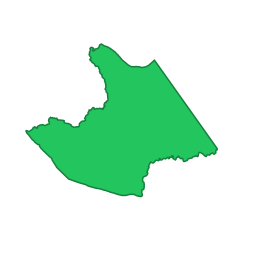 outline of Lalay Gash, Gash Barka, Eritrea, rotated 297°
{"feature_id": "51966322B3150290200372", "entity_name": "Lalay Gash", "entity_type": "district", "adm_level": 2, "iso_a3": "ERI", "parent_name": "Eritrea", "parent_adm1": "Gash Barka", "projection": "albers", "projection_center": [37.404, 14.623], "detail": "fine", "context": "isolated", "style": "filled", "palette": "green", "viewbox_px": 256, "rotation_deg": 297, "n_neighbors": 0, "source": "geoboundaries", "source_scale": "gbopen_adm2", "svg_char_len": 5713}
<svg xmlns="http://www.w3.org/2000/svg" viewBox="0 0 256 256"><g transform="rotate(297 128 128)"><path d="M79.4,38.5L78.7,38.8L77.8,39.8L77.2,41.0L77.0,42.1L76.2,43.8L75.6,44.9L74.1,48.1L73.9,49.6L73.6,50.6L73.0,51.6L72.4,54.8L72.4,55.6L72.9,56.4L72.9,56.7L71.7,57.5L71.3,57.9L70.4,59.6L70.2,60.4L68.9,63.9L68.8,64.9L68.4,65.9L66.8,71.2L66.3,73.8L65.0,75.0L60.4,82.8L55.6,98.3L57.0,109.0L58.4,116.4L58.2,118.7L59.8,126.8L60.3,128.4L60.7,129.5L61.2,131.2L61.8,135.1L62.3,136.5L62.3,137.6L62.7,139.7L62.8,141.4L63.5,144.5L63.9,147.3L64.4,150.0L65.3,153.5L66.3,155.5L67.3,157.1L69.3,159.3L70.6,161.4L71.6,163.7L71.6,166.4L72.1,168.8L72.7,170.4L73.2,171.1L73.5,171.0L74.3,171.3L74.8,171.3L77.0,169.3L79.2,168.7L79.6,168.8L79.7,169.3L80.3,169.4L80.6,169.8L80.8,169.8L83.3,169.0L84.3,168.3L85.2,168.1L85.9,167.4L86.4,167.2L86.6,166.9L86.9,166.4L87.0,165.7L87.5,165.0L88.2,164.8L88.8,164.4L89.8,164.0L90.8,163.9L91.3,164.0L91.9,164.4L93.7,165.9L94.7,166.3L95.9,166.3L96.8,166.1L97.1,165.8L97.4,164.9L97.7,164.7L99.2,164.9L99.6,164.7L100.0,164.5L101.5,164.6L101.8,164.7L102.5,164.6L102.8,164.5L103.0,163.8L103.6,163.6L106.3,163.6L107.1,163.7L107.8,163.5L108.0,164.0L107.9,165.0L108.0,165.9L108.5,166.5L109.6,167.0L110.6,167.1L111.7,167.5L112.1,167.9L112.6,169.0L112.6,169.8L113.2,170.3L113.6,170.4L114.8,169.9L115.2,170.0L115.3,170.2L115.3,170.5L114.6,171.2L114.4,171.5L114.6,172.3L114.8,172.5L116.7,173.4L117.4,174.2L117.4,175.0L117.5,175.4L118.2,175.9L119.5,176.3L119.7,176.5L119.7,177.1L119.4,177.5L119.3,177.9L119.2,178.2L119.4,178.5L119.6,178.6L120.1,178.7L120.6,178.3L121.0,178.2L121.2,178.5L121.3,179.4L121.8,180.2L122.2,180.3L123.2,179.8L123.4,180.0L123.3,180.7L123.1,181.3L122.7,181.5L121.4,181.9L121.1,182.1L121.1,182.5L121.3,183.0L121.3,183.6L121.3,183.9L121.1,184.2L121.0,184.5L121.1,184.8L121.4,184.9L122.5,184.8L123.7,184.8L124.1,185.0L124.6,185.6L124.9,185.7L125.5,185.5L125.7,185.9L125.7,186.3L125.3,186.8L124.9,187.6L124.6,189.0L124.8,189.4L125.5,189.8L125.7,190.4L124.9,191.3L124.5,191.7L124.1,191.8L123.6,192.6L123.5,192.9L123.6,193.2L124.3,194.0L126.0,195.5L126.3,195.6L127.4,195.4L127.7,195.5L129.1,197.1L129.6,197.6L130.0,198.2L130.3,198.6L131.5,198.8L131.9,199.1L133.2,200.7L134.1,200.9L134.2,201.2L134.0,202.7L134.1,202.9L134.7,203.2L135.1,203.2L136.4,202.7L138.4,202.5L138.9,203.0L139.0,203.6L138.9,206.1L138.5,207.7L138.5,208.0L138.2,208.4L137.9,209.5L138.0,210.5L138.3,210.7L139.8,210.7L140.0,210.9L140.4,211.4L140.7,212.5L140.9,212.9L141.8,213.4L142.4,213.4L142.8,213.5L144.0,214.5L144.0,214.9L143.6,216.0L143.9,216.8L144.9,217.2L145.5,217.2L145.8,217.5L147.2,216.8L147.5,216.5L148.0,216.5L148.5,216.6L148.8,217.2L149.3,217.3L149.9,216.7L150.2,216.7L200.4,120.8L193.5,118.1L191.5,116.8L190.2,115.7L189.8,115.0L188.3,113.1L188.1,112.6L188.1,111.9L187.6,110.9L187.6,110.0L186.9,108.8L186.7,107.8L186.4,107.4L185.5,105.8L185.0,104.8L184.8,104.5L184.5,103.8L184.2,103.3L184.1,101.4L184.2,99.7L185.7,93.2L185.9,92.1L187.3,89.0L187.9,87.2L188.6,85.8L189.1,83.6L189.6,82.8L189.8,82.3L190.1,80.4L190.7,76.8L191.0,73.7L190.7,70.9L190.3,70.1L190.5,68.3L190.7,67.5L190.7,66.1L189.4,65.2L188.8,65.0L188.6,65.2L188.0,65.3L186.4,65.4L185.9,65.3L184.2,64.1L183.6,63.2L182.5,63.1L181.1,62.6L180.9,62.3L180.8,61.8L181.0,61.4L181.9,61.2L183.2,61.5L183.3,61.2L183.5,59.4L183.4,58.9L183.2,58.7L182.1,58.1L181.7,58.0L181.4,58.2L180.6,58.8L180.2,59.3L178.9,59.4L178.3,59.2L177.0,60.0L176.5,59.8L175.9,60.0L175.6,60.2L174.8,61.3L173.9,63.2L173.4,63.3L171.7,62.9L171.6,63.2L171.6,63.5L171.0,63.9L171.4,64.4L171.0,65.1L170.6,65.4L170.1,66.3L170.0,66.8L170.1,67.8L169.9,68.7L168.6,70.5L168.3,71.2L168.5,71.6L169.1,72.6L169.2,73.1L169.1,73.7L168.8,74.0L167.7,75.1L167.7,75.3L167.1,76.3L165.3,77.0L164.6,78.1L164.0,78.5L163.9,78.8L164.0,79.6L163.9,80.0L163.6,80.4L162.8,81.0L162.2,81.7L161.4,82.2L161.3,83.5L160.8,84.8L160.5,85.4L160.2,85.6L159.3,85.7L159.2,85.8L159.1,86.3L157.9,87.1L157.8,87.5L157.7,87.8L156.3,88.5L155.6,89.1L154.6,89.7L152.2,90.0L151.9,91.0L151.7,91.2L150.2,92.3L150.1,93.2L149.6,93.6L149.4,94.1L149.0,94.3L148.5,94.8L148.1,94.8L144.4,97.2L143.8,97.5L143.5,97.5L141.6,96.5L141.4,96.6L141.3,96.8L141.2,97.0L140.9,97.0L139.7,95.8L137.5,96.2L137.4,96.3L137.6,96.5L137.4,97.1L136.9,97.7L136.1,97.2L135.9,97.0L135.5,96.9L135.2,97.2L134.4,97.2L133.2,97.1L133.1,96.9L133.7,96.0L133.5,95.9L133.0,95.8L132.9,95.7L132.8,95.3L132.9,94.4L132.8,94.1L132.6,93.6L131.9,93.1L131.7,92.8L131.2,91.4L131.0,91.0L130.6,90.7L130.2,90.6L129.5,89.6L130.5,88.6L130.4,87.7L129.8,87.3L128.8,87.2L128.0,86.9L126.8,86.9L126.7,86.6L126.9,86.2L126.4,85.2L126.2,85.2L125.8,85.4L124.7,85.6L124.3,85.4L123.6,85.4L123.2,85.6L122.4,86.2L121.8,85.9L121.2,85.7L120.1,85.0L118.9,85.0L118.0,85.3L117.2,84.9L116.8,85.1L116.6,85.7L115.7,86.5L115.5,86.4L115.0,86.1L114.3,85.9L114.1,85.8L113.9,85.4L113.7,84.7L113.4,84.2L112.0,83.4L110.9,83.0L109.9,82.8L109.1,83.0L108.1,83.5L107.8,83.6L107.3,83.6L106.6,83.3L106.0,82.0L104.3,79.9L104.2,79.6L104.2,79.1L104.0,78.1L104.1,76.9L104.2,76.6L105.0,75.8L105.0,74.3L104.9,72.9L104.8,72.5L104.6,71.9L104.1,71.0L103.9,69.7L103.9,68.9L104.0,68.6L104.2,68.4L105.5,67.8L105.3,66.5L105.1,66.0L104.8,65.7L104.7,64.8L104.1,63.8L103.8,62.7L103.2,61.8L103.2,61.5L104.0,60.8L104.2,60.4L104.3,60.1L104.2,59.8L103.6,59.4L103.5,58.7L103.5,57.7L102.8,57.1L102.8,56.7L102.9,55.9L102.2,54.8L102.3,54.2L101.8,54.2L101.1,53.6L100.8,53.5L99.2,53.6L98.2,54.2L97.6,54.7L96.9,55.6L96.4,55.8L95.7,55.8L94.6,54.4L93.0,53.5L92.6,52.8L92.3,52.0L92.3,50.7L92.2,50.2L91.6,49.6L90.8,48.4L88.9,47.0L88.1,46.9L87.1,47.3L86.7,47.2L86.5,46.9L86.4,46.7L86.8,46.5L86.9,46.3L86.6,44.3L85.7,44.2L85.5,43.4L85.1,43.4L84.3,43.5L83.6,43.4L80.2,41.7L79.8,40.9L79.7,39.0L79.4,38.5Z" fill="#22c55e" stroke="#15803d" stroke-width="1.5"/></g></svg>